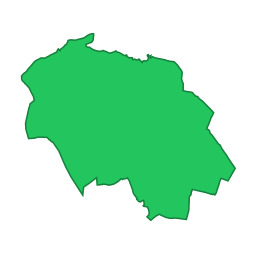 outline of Bø nor, Telemark, Norway, rotated 263°
{"feature_id": "86288312B18605763304298", "entity_name": "Bø nor", "entity_type": "district", "adm_level": 2, "iso_a3": "NOR", "parent_name": "Norway", "parent_adm1": "Telemark", "projection": "mercator", "projection_center": [8.999, 59.44], "detail": "fine", "context": "isolated", "style": "filled", "palette": "green", "viewbox_px": 256, "rotation_deg": 263, "n_neighbors": 0, "source": "geoboundaries", "source_scale": "gbopen_adm2", "svg_char_len": 5661}
<svg xmlns="http://www.w3.org/2000/svg" viewBox="0 0 256 256"><g transform="rotate(263 128 128)"><path d="M222.3,79.5L221.9,79.0L221.1,78.7L220.5,78.2L220.0,78.2L219.5,77.8L218.9,77.2L218.4,76.9L218.3,76.3L217.8,75.4L217.4,75.1L216.4,74.0L215.6,72.8L214.9,71.4L214.1,70.5L214.1,70.2L213.0,70.0L213.3,69.6L215.0,68.5L213.7,67.3L213.2,67.1L212.8,66.8L212.4,66.8L212.0,66.4L211.8,65.9L211.5,65.0L211.6,64.7L211.2,63.7L210.8,63.0L210.6,62.4L210.3,61.0L210.1,60.6L209.9,60.0L208.7,57.4L208.6,56.7L207.5,54.5L208.1,50.3L208.1,50.0L207.6,48.8L206.3,45.1L205.1,43.1L200.5,38.2L199.9,37.4L197.7,35.0L196.7,34.5L194.8,31.2L192.5,28.6L191.2,28.6L189.3,28.4L188.7,28.5L188.0,29.0L187.4,29.1L186.0,30.4L184.6,31.2L183.9,31.9L179.9,34.7L177.0,35.7L174.3,36.6L171.1,37.9L166.9,38.4L164.0,33.8L161.5,32.9L159.5,31.9L145.2,26.9L139.4,26.5L129.6,28.0L129.3,34.0L129.9,37.5L129.4,41.3L128.5,46.6L128.3,46.7L128.2,46.8L128.0,47.1L127.5,47.3L127.0,47.7L126.7,47.9L126.4,47.9L126.2,48.2L125.9,48.4L125.6,48.9L125.4,49.2L125.0,49.4L124.6,49.8L124.1,50.0L124.0,50.3L123.8,50.4L123.7,51.0L123.3,51.3L123.1,51.3L122.8,51.8L122.5,52.0L113.8,56.5L97.4,61.3L86.3,65.5L66.8,74.9L74.8,76.8L77.8,82.7L79.9,86.2L82.5,90.7L75.2,90.5L75.3,91.0L75.2,91.5L75.2,91.8L75.0,92.1L75.0,92.7L75.1,93.2L75.0,94.1L75.2,94.6L75.2,94.9L75.2,95.2L75.1,95.3L75.0,95.8L75.2,96.2L75.2,97.3L75.0,97.9L75.0,98.4L74.6,99.3L74.4,100.3L74.3,100.6L74.1,100.7L73.7,101.3L73.8,102.0L73.7,102.5L73.9,103.0L73.8,103.3L73.6,103.5L73.7,103.8L73.8,104.2L73.8,104.5L73.8,104.9L73.9,105.4L73.9,105.7L74.1,106.1L73.9,106.5L74.1,107.2L74.4,107.6L74.4,108.1L74.9,108.6L75.0,109.1L75.0,109.5L75.3,109.9L75.4,110.5L75.7,110.6L75.9,110.9L76.0,111.0L75.9,111.2L76.8,112.7L76.9,113.1L77.1,113.2L77.3,113.3L77.6,113.7L77.7,114.2L77.8,114.3L78.3,114.7L78.5,115.0L78.5,115.3L78.3,115.5L77.5,116.3L77.9,117.1L78.0,117.4L77.9,117.9L78.0,119.4L78.5,121.4L77.7,121.7L75.6,122.8L72.3,123.5L70.6,124.0L67.4,124.7L66.6,124.8L65.7,125.1L63.5,125.2L62.1,125.6L61.2,126.1L60.9,126.1L60.1,126.8L59.1,127.2L57.8,127.8L57.8,128.2L57.6,128.3L56.2,128.0L55.8,128.1L55.7,128.3L55.6,128.8L55.2,129.1L54.6,129.1L54.2,129.4L53.7,129.8L53.6,130.1L53.4,130.8L53.2,131.0L53.1,131.5L53.4,132.2L54.1,133.3L54.3,134.5L53.6,134.7L52.6,134.8L52.1,134.8L51.6,134.9L51.0,134.7L49.9,134.7L48.9,133.6L48.4,134.0L47.6,136.7L47.1,137.7L45.5,138.2L43.3,138.6L42.0,138.7L40.6,138.5L39.4,138.2L39.2,138.1L37.5,136.0L33.6,139.4L35.9,142.8L36.1,143.3L37.2,145.1L38.6,148.8L38.5,149.0L38.2,149.1L38.0,149.4L37.4,150.1L35.5,153.3L35.3,153.6L34.3,155.5L34.1,156.5L33.3,158.3L33.0,161.0L33.0,161.6L32.8,164.4L31.8,168.2L31.4,169.8L30.1,174.8L38.8,178.3L52.3,180.5L54.0,182.3L56.7,183.1L57.8,183.6L57.9,183.9L58.9,184.1L59.1,184.7L58.9,185.3L55.9,193.4L54.9,196.4L53.0,200.8L52.1,202.3L52.2,202.5L52.1,203.2L52.1,203.3L51.7,203.6L52.0,204.1L51.9,204.6L51.9,205.3L51.7,205.4L51.3,205.4L51.1,205.6L51.5,206.1L51.5,206.5L51.4,206.6L53.7,208.1L55.1,208.6L59.8,210.9L64.6,213.0L66.7,214.2L63.3,220.8L74.9,229.5L80.6,226.5L86.2,223.7L89.8,222.1L92.2,220.6L93.5,220.1L94.6,219.5L95.3,218.9L98.4,217.9L100.0,217.2L101.2,215.8L110.8,210.5L112.7,208.9L115.4,208.5L116.4,207.8L117.6,205.9L122.4,208.8L126.5,210.9L126.7,211.1L127.5,211.3L128.0,211.6L129.7,213.0L132.8,214.9L133.8,214.1L135.2,213.2L145.6,205.2L148.1,202.6L149.0,201.8L149.6,201.6L150.4,201.2L151.0,200.5L151.1,200.1L151.4,198.8L151.6,198.7L152.0,198.6L153.8,197.1L155.2,196.4L155.7,195.4L156.4,193.3L157.3,189.8L157.4,189.6L158.5,187.1L158.8,187.3L160.3,187.6L161.4,187.8L163.7,187.9L164.4,188.2L165.3,188.2L166.3,188.0L167.2,187.6L168.9,187.3L169.5,187.3L170.6,187.1L174.1,188.1L176.0,188.5L176.9,188.5L177.8,188.3L178.2,188.0L179.5,187.6L181.4,186.3L181.7,185.9L182.2,185.9L182.6,185.8L184.4,184.8L188.2,181.8L188.8,179.2L189.0,178.3L189.0,177.8L189.6,176.7L190.0,175.5L190.2,174.8L191.0,173.4L191.4,172.2L192.1,170.2L192.5,168.9L193.0,167.6L193.3,166.4L193.4,166.1L194.0,164.5L194.0,164.4L194.1,164.0L194.5,163.1L194.8,162.7L195.1,161.8L195.6,161.4L195.6,161.0L195.7,160.9L195.1,159.8L194.9,159.5L194.8,158.8L194.9,158.6L195.6,158.9L197.1,159.5L196.8,158.6L196.8,158.4L196.8,158.2L197.1,157.8L197.3,157.6L198.4,157.1L198.2,156.6L198.1,156.2L197.8,156.0L197.2,156.0L196.1,156.6L195.0,156.8L194.3,156.5L193.1,155.7L192.9,155.5L192.5,154.9L192.3,153.8L192.7,152.8L192.7,152.7L192.8,152.4L192.9,152.1L192.8,151.8L192.4,150.9L192.1,150.3L192.0,150.2L191.2,150.1L191.3,149.9L191.6,149.7L192.1,149.6L192.4,149.4L193.8,148.0L194.5,147.9L195.0,147.5L195.1,147.3L194.7,147.0L194.7,146.9L194.8,146.6L194.3,146.3L194.2,146.1L194.3,145.7L194.4,145.1L194.9,144.3L195.0,143.7L195.4,143.3L195.6,143.1L195.5,142.9L195.4,142.8L195.2,141.9L195.1,141.6L195.2,141.2L195.7,140.9L196.5,141.1L197.2,140.9L197.5,139.0L197.5,138.2L197.6,137.4L198.1,137.0L198.8,136.1L199.0,135.9L199.3,135.5L199.5,135.5L200.2,135.8L200.3,135.8L200.6,135.6L200.7,135.2L200.6,134.6L200.4,134.0L200.2,133.7L200.3,133.6L200.6,133.1L200.7,132.7L202.8,130.2L203.4,129.1L204.1,128.2L204.5,126.6L205.6,125.8L206.0,125.4L205.5,124.1L204.8,121.4L204.7,120.0L204.4,119.0L204.9,118.1L205.9,116.6L207.0,114.7L207.2,114.1L207.4,113.7L207.9,113.0L208.0,112.6L207.9,112.2L207.5,111.5L207.6,111.0L207.6,110.8L207.7,110.5L207.5,109.0L207.5,108.5L207.8,108.3L208.0,107.5L208.7,105.6L210.2,102.7L211.7,100.9L212.7,99.8L213.0,99.2L213.0,98.8L212.9,98.6L212.9,98.4L213.1,98.0L213.5,97.3L214.0,96.5L216.1,96.5L217.1,100.3L217.5,102.4L219.3,104.0L224.1,105.2L225.8,105.3L225.9,103.4L225.7,101.4L225.0,99.9L224.9,99.2L224.1,97.8L223.3,96.3L222.7,94.9L222.1,89.8L221.6,87.2L222.1,83.4L222.3,83.0L222.5,81.5L222.4,80.3L222.3,79.5Z" fill="#22c55e" stroke="#15803d" stroke-width="1.5"/></g></svg>